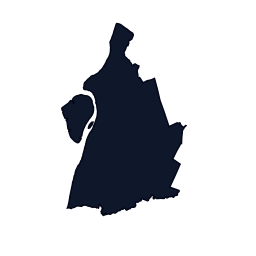 outline of Duran, Guayas, Ecuador, rotated 19°
{"feature_id": "8360857B97967949149299", "entity_name": "Duran", "entity_type": "district", "adm_level": 2, "iso_a3": "ECU", "parent_name": "Ecuador", "parent_adm1": "Guayas", "projection": "robinson", "projection_center": [-79.802, -2.217], "detail": "fine", "context": "isolated", "style": "filled", "palette": "ink", "viewbox_px": 256, "rotation_deg": 19, "n_neighbors": 0, "source": "geoboundaries", "source_scale": "gbopen_adm2", "svg_char_len": 5762}
<svg xmlns="http://www.w3.org/2000/svg" viewBox="0 0 256 256"><g transform="rotate(19 128 128)"><path d="M160.2,200.3L160.5,199.2L160.4,198.4L159.5,196.9L159.5,196.1L159.9,195.4L161.8,194.7L162.5,193.4L163.9,192.5L164.0,191.9L163.7,190.5L164.1,190.0L164.4,190.0L165.5,190.4L166.6,190.2L167.5,190.4L168.7,190.3L169.4,190.5L170.2,190.4L170.5,190.2L170.8,189.7L170.7,188.1L172.1,185.6L172.0,184.1L172.0,183.8L172.6,183.5L173.1,183.8L175.4,184.2L175.2,184.8L174.5,185.3L174.5,185.6L174.9,186.4L175.3,186.6L175.6,186.5L176.1,185.3L176.7,184.8L177.6,185.3L178.3,185.3L182.3,183.6L184.8,183.0L185.3,182.5L185.8,181.2L186.2,181.0L187.6,181.4L188.2,180.9L189.1,179.6L190.9,179.0L192.0,178.0L192.5,178.1L192.9,178.7L193.4,178.7L193.8,178.2L194.4,176.4L195.7,175.9L196.4,175.4L196.4,174.9L195.9,173.2L196.9,171.5L196.9,171.1L196.6,170.5L186.7,170.4L187.6,161.1L187.7,160.8L189.0,145.2L180.3,142.8L181.5,133.4L182.5,128.1L182.4,128.1L183.0,125.3L183.6,125.2L182.0,119.9L180.3,112.7L180.4,111.7L180.9,110.2L181.0,109.0L181.7,107.8L182.0,106.9L181.8,106.9L180.5,108.9L179.7,109.3L179.2,109.0L178.0,108.6L176.7,107.7L176.0,107.6L175.9,107.5L175.9,106.6L175.5,106.3L175.2,106.3L174.8,106.9L172.7,107.2L166.3,113.4L156.9,101.1L149.2,91.5L143.3,82.1L136.9,72.5L134.2,75.0L130.6,77.2L127.4,80.6L126.8,79.7L125.5,78.9L124.0,77.5L122.4,76.5L121.6,76.9L120.9,76.7L120.5,76.4L120.2,75.1L119.5,73.7L118.5,72.1L117.9,70.6L117.9,69.7L118.3,67.2L118.1,65.8L116.1,65.7L114.0,65.1L113.0,65.8L112.6,66.7L111.6,67.6L109.5,65.5L108.9,65.4L108.2,65.0L107.8,64.2L107.5,63.9L106.8,63.5L105.8,63.3L102.7,61.8L101.5,61.4L100.4,59.2L99.6,58.4L99.6,58.0L99.7,55.9L100.0,54.9L99.9,52.0L100.4,50.4L100.6,50.2L101.1,50.1L101.1,49.1L100.7,48.3L101.1,48.1L101.2,47.7L100.5,46.7L100.5,45.2L101.0,44.7L101.1,44.3L101.8,44.0L101.9,43.3L102.5,42.9L102.5,42.1L102.7,41.5L102.8,39.0L102.7,38.5L102.3,37.6L101.7,37.4L101.5,36.9L97.9,36.0L95.2,34.9L92.2,34.2L87.6,32.7L86.6,32.6L84.9,32.6L83.4,32.9L83.2,33.2L83.1,33.7L83.3,41.8L83.5,44.3L83.3,46.6L83.4,49.1L83.0,52.5L85.7,58.2L85.7,58.9L86.1,59.4L85.9,59.5L86.3,60.6L86.9,63.8L86.8,67.0L85.9,71.2L85.9,73.2L85.6,74.3L85.6,74.6L85.9,74.6L85.6,74.9L85.4,76.0L85.6,76.8L85.2,76.6L84.9,77.4L84.9,78.2L84.2,80.6L83.5,82.1L82.8,83.2L82.5,84.4L82.1,85.4L78.8,89.3L78.1,89.7L77.9,90.1L77.4,90.1L76.3,91.1L76.0,92.2L75.2,93.3L74.7,94.5L74.1,95.1L74.0,95.9L73.5,96.4L73.3,97.4L72.4,98.9L72.2,99.6L72.4,99.8L72.3,100.7L72.7,102.7L73.1,103.4L72.8,104.3L73.2,104.8L73.6,105.6L74.6,105.7L76.6,105.2L77.8,105.1L78.1,105.3L78.6,105.3L79.1,105.1L79.7,105.0L81.3,105.4L83.5,106.2L83.6,106.6L83.9,107.0L85.9,108.5L88.4,111.9L89.1,113.3L89.3,114.3L90.1,113.6L89.6,114.4L90.8,116.3L91.6,117.8L91.7,118.0L92.2,119.1L93.8,122.1L94.9,126.3L95.2,129.5L95.0,129.9L95.1,130.5L95.1,132.6L95.0,136.1L94.7,137.2L94.9,138.0L95.0,139.4L94.3,143.1L94.5,143.7L94.2,143.8L94.0,143.6L93.9,143.8L93.9,144.0L94.1,144.1L93.8,144.5L93.4,146.0L93.0,149.5L92.9,152.1L93.0,154.0L93.4,154.3L93.4,154.5L93.1,154.5L93.2,155.9L93.2,156.6L93.5,157.0L93.4,159.3L93.6,159.7L93.8,159.9L93.8,160.2L93.6,160.3L93.5,161.1L93.9,162.9L93.9,163.7L93.8,164.4L94.2,165.2L93.9,166.6L94.3,168.1L94.3,169.9L94.7,170.2L94.7,170.5L94.4,170.5L94.3,170.8L94.5,173.7L94.1,174.5L94.2,175.5L94.0,175.9L94.2,176.9L94.0,177.0L93.7,178.6L93.4,179.1L93.9,179.5L93.1,179.8L92.7,183.0L92.8,183.7L92.5,184.3L92.5,185.0L93.0,186.1L92.8,186.3L92.6,186.1L92.5,186.4L92.7,187.1L93.1,190.3L92.7,191.0L93.1,191.7L93.0,191.9L93.5,196.3L93.3,196.9L93.4,197.5L93.8,199.5L95.4,212.0L95.6,212.9L95.9,213.0L96.0,212.7L96.1,213.0L96.0,213.3L95.8,213.5L95.8,214.4L96.2,216.1L96.8,221.2L96.7,223.4L98.3,222.6L100.1,222.6L100.7,222.5L101.6,221.2L102.7,220.8L103.5,220.1L104.6,218.5L105.6,218.2L106.6,217.7L108.4,217.5L109.0,216.7L109.2,217.1L109.7,217.1L110.0,216.8L110.4,215.9L112.7,214.7L114.0,214.8L114.3,214.6L115.9,214.8L116.4,214.5L116.8,214.5L119.1,214.6L119.6,214.4L120.5,214.5L122.2,213.6L123.5,213.5L124.2,213.7L124.4,213.3L124.6,213.4L125.7,213.2L126.1,213.3L126.1,212.1L125.8,210.5L125.8,209.5L130.7,212.2L130.6,212.3L129.9,212.1L129.8,212.4L130.3,212.7L130.4,213.2L129.9,213.9L129.9,214.4L130.6,214.7L130.8,215.1L130.5,215.4L129.8,215.7L129.8,216.0L130.6,216.6L130.8,217.5L131.3,217.6L132.0,217.9L132.7,218.5L133.0,218.3L133.6,218.5L133.8,218.1L133.3,217.6L133.3,217.2L133.8,216.3L134.6,216.1L134.7,217.1L135.2,217.2L135.9,216.5L137.9,215.4L138.7,215.5L139.4,215.3L141.1,213.1L141.8,212.8L143.2,212.7L144.0,212.2L145.6,209.5L147.3,208.6L148.3,206.5L149.2,206.6L149.6,206.5L150.6,205.1L151.3,204.7L151.7,204.9L152.3,205.6L152.7,205.9L153.2,206.1L153.7,205.9L154.0,205.4L155.3,204.1L156.1,203.6L156.7,202.3L157.2,201.7L159.2,201.1L160.2,200.3ZM81.5,111.4L79.8,111.0L78.8,111.0L76.6,111.6L75.0,111.6L72.6,111.8L70.1,113.7L69.4,114.0L68.3,115.0L67.1,116.5L66.6,117.7L66.4,118.7L66.8,119.9L68.8,121.5L68.9,121.9L68.6,122.2L68.2,122.1L66.6,121.5L65.2,120.5L64.9,120.8L64.3,121.9L64.0,123.1L63.7,123.8L59.2,130.2L59.1,131.0L59.2,131.5L60.0,132.6L61.0,133.1L61.2,133.5L61.3,134.4L61.6,135.0L63.4,137.2L65.3,139.2L66.2,139.4L67.8,138.8L68.0,138.9L68.0,139.3L67.1,140.8L67.4,141.0L68.5,142.2L71.3,147.9L71.9,148.6L72.3,148.8L73.6,148.2L74.1,148.4L74.2,149.2L74.0,149.4L73.0,149.9L73.0,150.4L73.6,150.8L74.5,152.4L77.0,155.4L81.7,157.8L84.4,158.4L85.3,158.2L86.0,157.8L86.3,157.1L87.0,154.3L87.0,152.9L86.6,152.9L86.2,153.4L85.8,153.5L85.4,153.3L85.3,153.0L85.3,152.8L85.8,152.3L86.8,150.5L86.4,148.3L86.2,145.5L86.2,142.9L86.4,142.3L86.6,139.0L88.1,132.7L89.4,128.9L89.8,127.2L90.0,125.2L89.7,122.7L88.9,120.6L88.8,119.7L87.6,118.3L85.9,115.9L85.3,114.4L84.9,113.8L82.9,112.1L81.5,111.4ZM91.1,141.0L91.9,140.1L93.0,136.1L93.0,133.9L91.7,134.5L90.5,137.6L90.4,140.2L90.7,141.1L91.1,141.0Z" fill="#0f172a" stroke="#020617" stroke-width="1.5"/></g></svg>